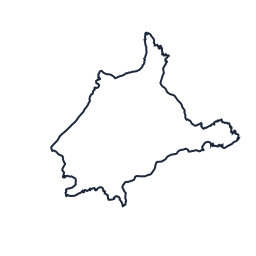 the district of Futuna, Vanuatu, rotated 57°
{"feature_id": "77236927B67175476765241", "entity_name": "Futuna", "entity_type": "district", "adm_level": 2, "iso_a3": "VUT", "parent_name": "Vanuatu", "parent_adm1": "", "projection": "equal_earth", "projection_center": [170.22, -19.529], "detail": "fine", "context": "isolated", "style": "outline", "palette": "slate", "viewbox_px": 256, "rotation_deg": 57, "n_neighbors": 0, "source": "geoboundaries", "source_scale": "gbopen_adm2", "svg_char_len": 5732}
<svg xmlns="http://www.w3.org/2000/svg" viewBox="0 0 256 256"><g transform="rotate(57 128 128)"><path d="M148.4,215.8L149.8,216.1L150.9,216.8L151.5,216.8L151.6,216.3L151.0,215.7L151.1,215.3L151.7,214.7L152.6,214.4L153.7,213.3L155.8,209.6L155.9,207.5L156.2,206.4L156.0,206.0L156.0,205.0L156.4,203.9L156.5,203.0L156.2,201.1L155.8,200.3L156.0,200.2L156.9,200.8L157.8,200.3L157.6,199.5L156.5,198.6L156.5,198.0L157.0,197.3L158.2,196.9L158.6,196.4L158.6,194.9L158.3,193.3L159.2,193.7L159.5,193.6L159.2,192.3L159.3,191.7L159.6,189.8L160.0,189.0L161.2,188.7L161.7,189.3L162.3,189.4L162.8,188.8L162.8,187.6L162.3,186.9L162.2,184.3L162.7,183.3L163.3,182.6L164.1,182.1L165.5,182.1L166.4,182.3L166.8,182.9L167.1,183.0L167.9,182.7L168.3,182.0L169.0,181.9L170.0,183.1L173.5,181.6L174.0,182.2L175.2,182.5L175.8,183.0L177.6,183.3L178.0,182.9L178.4,181.9L179.2,180.8L179.9,178.4L179.7,177.8L178.9,177.8L178.8,177.5L178.6,175.8L178.7,175.2L179.1,174.4L180.0,174.2L180.7,173.3L182.8,173.3L183.4,173.9L183.8,173.9L187.1,173.8L188.7,174.1L190.3,174.9L190.8,174.9L190.9,174.2L190.4,173.6L190.8,172.5L190.7,171.7L189.0,170.5L188.2,169.3L184.9,168.3L183.9,167.3L182.0,166.1L181.4,165.3L178.1,165.6L177.2,165.2L175.0,165.2L174.5,164.9L173.0,162.8L172.7,161.7L172.0,160.3L172.1,159.2L173.3,157.3L174.0,154.2L174.5,153.1L174.6,150.9L172.8,148.4L173.0,146.9L174.8,144.4L176.1,142.9L176.8,141.4L177.5,140.6L178.0,139.0L178.3,136.7L179.0,135.3L179.1,134.7L179.1,133.8L178.2,131.3L176.7,127.9L175.6,126.4L174.4,125.6L172.3,122.8L172.5,121.4L173.0,120.8L174.2,118.6L174.6,117.1L174.5,115.8L174.7,115.0L174.5,113.0L173.6,111.1L173.5,109.8L173.9,106.4L175.6,102.4L175.9,101.3L175.8,100.5L175.3,99.7L175.0,98.9L174.9,96.7L175.3,95.4L176.2,93.6L176.8,90.8L179.0,89.5L180.7,90.0L181.6,88.7L183.8,82.8L186.5,80.8L186.7,80.0L186.6,77.9L187.6,77.0L187.5,76.6L187.3,76.5L185.0,76.5L184.3,76.1L182.4,71.8L182.4,71.0L182.6,70.4L182.8,69.1L183.2,68.3L184.2,67.5L185.9,66.8L187.6,67.7L187.1,66.9L187.2,66.0L187.5,65.3L187.9,65.3L188.6,66.7L189.3,66.7L190.1,64.9L191.5,63.7L191.7,62.9L192.4,62.7L191.8,61.5L191.9,60.3L192.6,60.1L193.4,60.5L193.8,60.2L193.3,59.5L193.5,57.9L195.5,59.2L196.9,58.6L197.3,58.0L197.5,56.5L197.4,53.4L197.9,51.6L197.8,50.2L198.0,49.7L197.4,46.8L198.0,44.4L197.5,41.6L197.2,41.1L197.0,42.3L196.7,42.3L195.7,40.4L194.0,39.2L193.4,39.2L191.2,41.0L190.6,40.9L190.0,39.9L188.6,39.8L188.3,39.9L188.4,40.8L189.3,41.9L189.5,43.3L188.8,42.9L188.2,42.9L187.5,43.7L186.7,42.9L185.7,42.4L184.8,41.4L183.9,40.8L183.1,40.7L182.9,40.9L183.1,41.8L182.8,41.8L181.2,41.0L179.1,40.7L179.0,41.5L178.6,42.0L177.7,42.0L177.3,42.4L176.5,44.1L175.1,44.7L174.5,45.7L171.8,45.0L171.7,46.5L171.3,47.2L171.6,48.1L170.6,48.6L171.1,49.9L170.5,50.2L170.3,50.6L170.3,52.5L170.5,53.3L170.7,53.5L171.9,53.5L172.0,53.9L171.4,54.3L170.5,55.8L170.5,56.2L171.1,56.9L171.2,57.5L170.7,58.0L170.7,59.1L170.4,60.9L170.5,62.2L170.2,63.0L169.7,63.3L169.9,64.7L169.6,65.2L169.3,65.4L167.1,65.4L166.6,65.7L165.8,65.2L165.2,64.3L163.8,63.9L163.6,64.3L163.7,65.8L163.1,68.6L163.1,69.8L162.8,70.3L161.9,70.9L159.1,72.1L155.7,71.9L154.6,72.9L153.5,73.1L153.2,73.3L153.1,74.2L152.4,74.6L150.3,74.2L148.4,72.8L145.3,72.1L144.7,71.3L144.0,70.9L141.8,70.9L139.9,71.1L138.2,70.4L136.0,70.3L131.6,71.2L126.1,71.4L125.0,72.3L124.1,72.7L123.4,73.6L122.7,74.1L120.8,75.1L119.5,75.5L118.3,75.6L117.1,75.2L115.3,75.2L113.3,75.7L112.0,76.4L110.4,76.6L107.9,76.3L102.6,70.0L101.6,68.1L97.0,66.0L96.3,64.3L95.5,63.3L95.3,61.9L94.3,61.1L94.0,59.8L93.6,59.2L92.9,59.2L92.3,60.0L91.9,59.9L91.5,59.5L90.8,59.4L90.5,58.9L90.2,56.7L89.8,56.1L89.7,54.5L89.2,54.5L88.9,55.3L87.8,55.8L87.6,56.7L86.6,56.4L86.6,56.9L87.0,57.6L87.0,58.1L86.5,58.6L85.3,58.3L85.0,59.2L84.6,59.2L84.3,58.9L84.1,58.0L82.0,57.7L79.7,56.1L79.1,56.1L78.5,56.5L78.4,56.9L78.7,57.6L78.5,58.5L77.9,58.7L77.6,58.2L77.6,56.1L77.4,55.8L76.8,55.9L76.6,56.3L76.4,57.5L76.5,58.4L74.2,58.2L74.0,59.3L73.6,59.9L73.3,60.7L72.1,59.9L70.4,59.9L69.9,59.2L69.2,58.6L67.4,58.0L63.3,58.4L62.2,58.2L60.9,58.5L60.2,59.3L59.3,59.4L59.3,60.5L59.8,61.2L59.7,61.5L58.4,60.7L58.0,60.8L58.0,61.6L58.4,62.2L59.7,62.9L60.5,64.0L63.1,64.9L63.3,65.3L62.8,65.8L62.9,66.1L64.1,66.3L65.8,67.1L66.5,67.6L67.8,67.9L68.9,68.5L70.6,68.7L72.2,70.1L74.1,70.8L76.2,72.8L77.2,74.3L78.0,75.0L78.7,76.8L80.1,76.7L81.2,78.2L82.2,78.8L83.0,79.9L83.4,81.6L84.1,82.2L84.6,83.0L85.4,86.8L84.9,90.4L83.7,92.5L83.5,93.4L83.0,94.2L82.7,96.0L81.9,97.1L81.7,98.8L81.1,99.6L81.2,101.6L80.9,104.5L80.0,107.1L79.4,111.3L79.1,111.8L77.6,111.8L74.2,113.2L72.8,114.4L71.7,116.1L69.7,117.7L68.1,118.5L65.7,119.0L65.2,120.3L65.3,120.9L66.4,122.6L66.7,123.3L67.3,124.0L68.9,124.5L69.2,125.4L69.4,125.6L70.3,125.3L71.0,124.6L71.6,124.7L71.8,125.0L71.0,127.9L71.1,128.9L71.5,129.4L73.3,130.1L75.1,128.9L76.0,128.8L76.8,129.3L77.5,130.5L77.6,131.5L77.3,132.6L76.3,133.4L76.0,134.0L76.2,134.4L77.7,135.0L78.0,137.1L79.9,138.8L80.1,139.8L79.8,140.2L79.9,140.8L81.2,143.1L83.1,144.8L84.3,145.0L85.3,146.5L86.0,148.0L87.0,149.5L88.2,152.6L88.6,154.2L90.1,156.6L91.9,163.3L93.7,167.6L94.2,169.5L94.8,173.8L95.2,174.9L96.7,182.5L97.0,185.4L97.4,188.1L97.7,188.9L97.7,189.5L100.0,193.9L101.6,200.9L102.3,202.8L103.5,203.5L106.0,203.9L106.5,202.5L107.1,202.0L109.0,201.1L112.4,200.6L115.3,198.6L116.6,198.3L118.4,199.4L121.7,200.3L123.4,200.1L124.0,200.4L125.9,204.2L127.0,205.7L127.8,206.1L130.4,205.8L131.6,207.1L132.4,207.4L133.0,208.8L133.6,209.3L133.9,209.1L133.3,207.2L133.6,207.1L133.9,207.4L134.3,208.4L134.8,208.5L135.0,207.1L134.7,206.4L134.8,205.4L135.3,204.7L137.4,202.9L137.8,201.7L141.7,199.7L142.4,199.7L144.7,201.1L145.5,201.9L146.8,202.5L147.1,203.1L147.6,207.4L147.3,207.9L147.0,209.5L146.1,211.2L145.9,213.4L146.4,214.0L147.8,214.4L148.4,215.8Z" fill="none" stroke="#1e293b" stroke-width="2"/></g></svg>